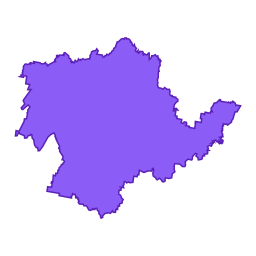 outline of Cowra, New South Wales, Australia
{"feature_id": "25037944B9471741195126", "entity_name": "Cowra", "entity_type": "district", "adm_level": 2, "iso_a3": "AUS", "parent_name": "Australia", "parent_adm1": "New South Wales", "projection": "equal_earth", "projection_center": [148.827, -33.811], "detail": "fine", "context": "isolated", "style": "filled", "palette": "violet", "viewbox_px": 256, "rotation_deg": 0, "n_neighbors": 0, "source": "geoboundaries", "source_scale": "gbopen_adm2", "svg_char_len": 5755}
<svg xmlns="http://www.w3.org/2000/svg" viewBox="0 0 256 256"><path d="M240.6,105.8L236.7,105.1L235.9,105.5L235.2,103.1L232.9,101.2L232.2,102.5L231.0,102.0L230.5,103.3L228.5,102.1L228.3,102.6L220.3,101.2L220.5,99.8L219.6,99.6L216.5,102.7L214.1,103.1L212.9,105.8L211.1,108.2L211.3,110.8L212.0,110.9L212.4,111.8L210.6,111.5L210.3,113.2L205.1,112.2L204.5,114.6L202.9,113.6L201.1,113.6L200.4,118.6L201.7,118.8L201.2,122.5L195.4,121.4L195.2,122.7L195.6,122.7L194.7,128.4L189.2,127.4L189.4,126.3L185.6,125.6L186.8,123.8L186.3,122.3L184.1,121.9L183.8,123.4L181.2,122.9L181.8,119.5L176.8,118.5L177.1,116.2L175.1,115.8L175.8,111.3L173.4,110.8L173.6,109.3L177.7,110.0L176.4,108.4L173.7,108.7L174.3,104.8L176.3,102.2L177.8,101.4L177.9,99.5L175.9,98.0L175.9,97.3L171.9,96.4L172.1,95.6L170.5,95.4L169.6,94.0L170.1,91.6L169.4,89.3L167.6,89.5L164.5,87.5L163.7,88.7L162.6,89.2L161.5,88.3L158.4,87.7L157.4,84.7L157.9,83.1L157.4,79.8L158.2,77.7L158.4,71.7L159.2,71.3L158.7,69.4L159.0,67.0L160.2,65.6L159.8,61.9L160.5,62.0L161.0,61.1L159.8,59.3L159.3,60.0L158.3,59.6L158.4,57.7L158.0,57.6L157.8,55.9L156.6,56.4L155.3,54.7L153.1,55.9L151.8,55.7L151.2,57.8L149.3,59.6L149.2,53.0L148.4,53.1L146.9,55.0L144.4,53.8L143.8,55.0L143.1,54.8L142.8,53.8L143.2,52.2L142.5,51.5L139.6,51.4L139.5,52.5L138.4,53.2L137.8,51.8L138.0,50.4L136.7,51.8L135.5,51.1L135.7,49.5L136.5,48.4L134.8,46.4L134.4,44.5L133.4,45.8L132.8,45.6L131.5,42.1L130.4,42.0L130.5,40.7L129.2,39.2L127.7,38.6L126.5,38.9L126.2,37.9L124.7,38.0L124.1,39.2L122.9,38.5L121.3,39.0L118.6,41.6L117.2,41.9L115.3,47.3L113.8,48.4L113.3,50.2L112.0,51.0L111.0,53.1L109.7,53.3L108.8,54.8L106.7,54.3L106.5,55.6L105.2,55.5L104.0,57.1L102.7,56.9L102.5,55.2L101.6,54.9L96.8,54.2L98.2,50.8L96.7,48.8L95.6,50.7L92.9,51.0L91.4,52.1L91.4,53.5L90.0,55.5L90.4,56.6L89.8,57.4L89.7,59.0L88.4,58.8L84.8,59.6L82.7,58.7L80.8,60.2L80.2,59.4L79.0,60.0L78.4,59.1L78.0,60.4L76.6,61.8L75.2,60.3L74.1,62.7L73.9,62.2L72.9,62.5L72.6,61.6L71.4,62.5L70.8,61.4L71.2,60.7L70.6,58.9L69.1,58.2L68.7,55.8L64.9,52.6L64.1,52.9L63.9,55.5L63.0,55.2L63.0,54.7L62.5,55.2L59.6,55.1L58.7,56.4L58.4,55.5L57.7,55.5L57.5,56.1L57.3,55.4L56.6,55.5L56.6,57.5L54.8,59.6L55.6,61.7L55.0,61.8L54.6,60.8L54.2,61.8L49.0,64.5L47.8,65.9L47.3,65.8L47.0,64.1L45.3,63.6L45.4,62.6L43.7,63.8L41.4,63.8L40.1,62.8L33.7,61.6L34.3,63.4L30.2,62.7L29.9,63.6L30.6,63.7L30.5,64.3L29.4,63.8L27.3,64.6L26.4,64.0L25.0,64.2L23.4,66.4L23.4,69.0L22.6,70.5L23.0,71.5L22.3,72.4L22.8,74.0L22.3,73.9L21.8,75.4L21.1,75.2L21.2,75.9L19.8,76.6L23.5,77.3L23.7,76.0L26.4,76.0L26.7,76.4L25.7,83.8L29.7,84.5L27.7,89.7L31.0,89.5L23.2,100.4L24.7,104.0L21.2,107.9L21.8,109.2L22.7,109.6L28.1,105.0L30.0,106.8L27.9,109.8L27.7,112.3L27.1,112.8L27.4,114.2L26.5,118.8L24.4,118.9L24.1,121.3L19.1,131.2L16.1,130.6L15.4,135.9L17.0,135.8L18.7,132.6L19.4,132.7L20.0,134.0L24.3,135.6L24.6,138.1L26.8,138.0L28.3,135.5L30.2,135.5L30.8,134.4L31.8,134.7L32.2,138.2L33.7,139.7L34.5,144.8L36.2,147.6L37.7,147.8L38.1,150.8L39.5,150.7L42.5,146.8L47.9,137.1L51.1,134.3L54.1,133.0L55.2,135.3L55.5,136.0L55.0,136.3L55.9,138.5L56.5,138.7L56.1,139.5L59.4,145.9L59.5,147.2L58.8,147.7L58.7,148.5L59.9,149.4L59.6,151.3L62.8,156.1L63.0,157.7L62.1,159.6L62.8,159.5L64.5,161.4L63.9,162.6L62.9,163.2L62.8,164.3L61.4,164.5L60.8,166.3L59.3,167.5L58.7,170.3L58.0,170.2L57.7,172.6L57.3,173.4L55.9,173.2L55.4,175.8L53.3,175.1L52.8,181.9L51.6,181.7L51.2,183.1L52.2,183.3L51.7,186.8L51.0,186.7L50.8,187.2L47.7,186.7L47.0,191.3L59.4,193.4L59.1,195.6L71.5,198.0L71.5,197.1L70.7,196.8L72.0,195.9L72.6,193.7L73.7,194.6L74.8,194.1L75.3,194.8L75.7,197.8L76.9,198.0L77.1,197.2L78.6,198.9L77.9,199.6L79.1,201.1L78.2,202.2L79.3,204.0L83.3,204.3L83.9,205.8L86.5,205.8L88.8,209.9L90.3,210.4L92.0,209.7L92.5,208.8L93.1,209.5L94.1,208.6L94.8,209.5L95.8,208.4L96.8,208.3L97.4,210.5L98.8,211.2L98.9,213.7L100.5,215.6L100.5,217.0L101.2,217.4L101.2,218.1L102.8,217.2L102.5,216.0L105.1,213.4L108.8,212.8L110.4,213.3L112.5,210.8L113.3,212.3L115.5,212.3L115.8,209.6L117.5,209.5L117.2,208.7L117.6,208.8L118.1,205.8L119.5,206.1L119.6,203.8L122.2,202.9L122.2,201.3L123.2,199.6L121.8,198.3L120.5,195.2L118.6,194.0L119.2,190.0L120.9,190.3L121.3,187.8L120.7,187.3L123.7,187.7L122.8,185.8L123.8,185.1L124.2,181.8L125.1,181.5L126.7,182.9L128.4,182.0L129.6,182.7L132.9,182.4L133.8,176.2L137.0,176.8L137.8,174.6L138.8,174.8L139.4,170.3L143.9,172.5L148.4,170.8L151.5,171.1L152.3,170.0L152.3,168.6L153.3,168.3L153.7,170.4L152.8,173.1L153.2,176.0L155.4,177.6L156.7,179.6L157.5,179.8L159.3,178.2L161.6,180.2L162.2,181.6L163.8,181.9L165.2,180.8L165.0,178.9L165.7,177.9L169.1,178.5L171.7,177.8L172.3,173.7L174.9,171.8L174.1,169.2L174.4,164.6L174.9,163.7L179.9,164.1L182.3,166.5L184.8,166.6L185.5,165.2L185.3,161.6L187.9,159.2L191.7,160.0L192.3,159.1L192.4,156.9L194.6,154.0L195.7,153.4L196.9,153.9L195.9,155.9L197.9,157.6L198.3,159.9L201.7,159.3L202.3,158.4L202.6,156.1L204.6,155.8L204.1,154.3L207.5,153.8L207.4,152.5L207.8,152.2L207.2,150.8L208.9,150.4L207.5,149.6L208.4,148.4L207.4,146.7L209.4,145.4L211.4,146.2L212.0,145.0L211.7,144.4L212.6,143.6L211.5,143.3L212.8,142.9L212.6,141.9L213.2,142.6L213.3,141.5L214.1,141.9L213.5,140.9L213.9,140.5L215.3,140.2L215.1,140.7L216.3,140.9L217.0,141.8L217.6,141.5L218.9,143.1L219.0,140.8L220.0,141.9L219.8,142.6L220.5,142.2L220.2,143.4L221.5,143.5L221.0,142.3L222.5,142.9L223.1,140.8L222.6,140.0L221.8,140.6L220.5,139.8L221.1,139.4L220.9,138.5L219.8,137.5L221.4,137.6L221.2,136.7L222.9,136.8L222.9,136.2L221.7,135.9L222.5,135.7L222.7,134.2L221.5,131.8L222.1,131.3L221.8,130.6L222.6,130.4L222.6,129.3L221.9,128.8L222.7,128.1L222.3,126.5L223.3,126.0L222.7,125.3L223.5,124.5L223.4,123.8L225.0,124.3L226.2,123.9L227.6,125.1L231.5,122.1L231.7,120.3L232.7,119.5L235.0,112.0L237.1,111.8L240.6,105.8Z" fill="#8b5cf6" stroke="#5b21b6" stroke-width="1.5"/></svg>